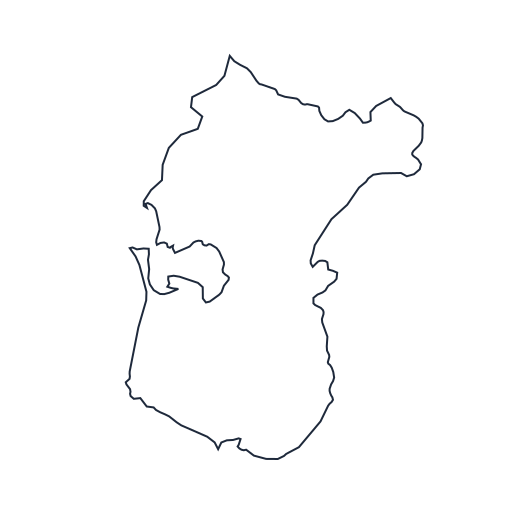 the County of Tulcea, rotated 110°
{"feature_id": "ROU-4847", "entity_name": "Tulcea", "entity_type": "County", "adm_level": 1, "iso_a3": "ROU", "parent_name": "Romania", "parent_adm1": "", "projection": "mercator", "projection_center": [28.807, 45.066], "detail": "fine", "context": "isolated", "style": "outline", "palette": "slate", "viewbox_px": 512, "rotation_deg": 110, "n_neighbors": 0, "source": "natural_earth", "source_scale": "10m", "svg_char_len": 3278}
<svg xmlns="http://www.w3.org/2000/svg" viewBox="0 0 512 512"><g transform="rotate(110 256 256)"><path d="M118.5,131.8L125.1,135.5L129.5,141.6L128.4,148.1L135.1,165.5L139.5,173.6L144.7,177.0L148.6,178.0L156.5,182.6L176.7,187.8L195.6,197.7L225.8,204.5L234.2,203.4L241.4,203.2L244.2,202.0L246.8,199.0L240.4,196.0L238.8,194.6L237.7,192.2L237.0,189.3L237.5,186.8L244.0,183.5L243.6,178.7L243.9,174.0L249.9,172.5L253.4,173.8L259.4,178.0L264.6,179.0L267.5,181.0L271.2,185.0L275.7,187.7L280.9,185.8L281.9,183.5L282.6,177.3L284.0,174.5L285.6,173.3L287.6,172.7L292.7,172.5L295.8,171.0L307.4,161.3L316.7,158.6L320.6,156.9L323.9,153.5L325.7,152.6L331.2,152.2L332.4,151.3L333.2,149.0L335.1,146.6L338.6,143.7L343.5,141.0L347.2,140.8L350.9,141.5L355.6,141.4L357.6,140.7L359.6,139.3L361.4,137.6L362.7,135.9L364.8,134.5L367.3,135.0L369.7,136.3L372.0,137.0L389.4,138.8L421.0,150.3L431.6,159.9L434.3,161.3L439.3,166.1L443.2,177.1L444.3,189.7L441.4,199.0L442.7,201.0L443.0,203.4L442.5,205.8L441.3,208.1L439.3,207.7L433.3,207.9L433.3,209.9L436.7,214.6L439.2,220.4L443.1,224.8L450.5,225.5L445.3,231.1L442.5,240.0L440.7,268.3L439.4,273.7L436.4,282.8L435.9,287.4L435.6,292.6L434.9,297.3L433.3,300.4L434.8,307.2L429.1,316.1L432.0,322.0L430.5,325.9L428.6,327.2L426.5,327.5L424.2,328.8L421.0,333.8L419.2,335.2L414.7,332.8L412.3,333.3L409.9,334.5L407.7,335.2L363.4,342.1L335.3,344.0L327.1,346.7L304.3,362.5L297.6,369.0L291.8,377.3L290.2,374.9L290.5,370.2L287.4,364.3L285.9,359.3L291.0,357.2L296.5,356.2L304.9,351.9L313.9,349.6L319.0,346.0L323.1,340.4L324.5,333.2L323.2,329.2L320.2,324.9L313.5,317.7L314.8,322.8L315.1,325.3L315.2,328.8L311.6,328.0L308.3,330.4L305.3,331.4L302.7,326.6L301.6,320.7L301.1,301.4L303.5,295.4L314.1,291.4L316.8,287.2L314.7,283.9L304.9,277.3L301.9,276.0L294.9,276.0L287.8,273.6L285.5,274.1L284.6,275.7L283.9,278.7L282.6,281.5L280.1,282.8L275.0,283.2L272.7,284.1L264.4,292.1L262.0,295.8L260.6,302.5L261.0,304.4L263.1,306.0L263.6,308.1L263.2,310.0L262.1,310.8L261.1,311.4L260.6,312.4L261.3,315.3L262.9,317.7L264.7,319.4L269.8,321.6L280.8,333.2L277.9,336.3L276.7,337.2L274.6,337.5L276.7,339.3L277.7,339.7L277.7,342.1L274.9,344.0L274.7,347.0L276.4,350.2L279.4,352.9L277.2,354.5L274.3,355.2L264.2,355.6L261.8,356.6L248.1,365.1L245.8,367.3L243.7,371.7L243.3,375.8L244.8,377.6L248.1,374.9L247.2,378.7L242.9,380.2L230.0,377.2L216.9,370.3L202.2,374.9L184.2,374.9L167.8,368.0L156.4,354.2L143.3,354.2L138.4,368.0L128.5,370.3L118.7,361.1L108.9,351.9L97.5,347.3L76.9,349.1L80.4,343.0L81.8,336.3L82.7,328.7L85.0,323.8L91.1,315.6L92.9,312.4L93.2,311.0L92.9,309.5L92.7,295.3L93.4,293.7L96.6,290.5L96.5,283.3L94.2,271.6L94.7,269.4L96.8,265.9L97.3,263.8L97.0,261.9L96.5,260.9L96.0,260.3L95.7,259.4L94.3,249.0L95.0,247.5L98.0,246.1L101.4,242.8L104.1,238.5L104.9,234.3L103.0,230.0L99.1,225.7L94.5,222.4L90.3,221.1L86.7,218.3L87.9,212.1L91.3,205.3L94.2,201.1L93.3,198.9L92.3,197.2L91.0,195.8L89.5,194.5L81.6,197.7L73.9,194.4L61.5,183.4L64.4,178.8L65.5,176.8L66.6,171.9L66.9,171.2L68.8,167.7L69.2,166.6L69.4,165.4L69.9,155.9L70.4,153.1L71.3,150.1L74.4,145.0L76.1,143.8L78.4,143.4L88.3,140.0L90.8,139.6L92.8,139.6L96.8,140.8L103.4,144.0L105.7,144.4L107.0,144.0L107.8,143.1L108.6,141.1L109.0,139.3L109.9,136.7L113.0,132.8L113.3,132.3L118.5,131.8Z" fill="none" stroke="#1e293b" stroke-width="2"/></g></svg>